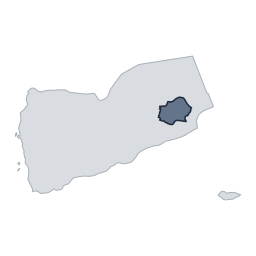 Man'ar, Al Mahrah, Yemen shown in context
{"feature_id": "15242507B25634508234618", "entity_name": "Man'ar", "entity_type": "district", "adm_level": 2, "iso_a3": "YEM", "parent_name": "Yemen", "parent_adm1": "Al Mahrah", "projection": "robinson", "projection_center": [50.908, 16.452], "detail": "fine", "context": "in_parent", "style": "filled", "palette": "slate", "viewbox_px": 256, "rotation_deg": 0, "n_neighbors": 0, "source": "geoboundaries", "source_scale": "gbopen_adm2", "svg_char_len": 6619}
<svg xmlns="http://www.w3.org/2000/svg" viewBox="0 0 256 256"><path d="M213.5,106.7L204.1,110.5L201.6,112.2L199.3,114.3L197.6,116.9L196.4,121.6L197.3,125.8L197.3,128.0L194.8,129.5L192.5,130.6L190.0,132.3L188.4,132.7L187.2,134.0L185.7,134.9L180.4,137.3L174.6,139.1L165.5,141.3L161.9,143.7L158.7,145.4L153.8,145.9L147.0,148.1L143.3,150.0L138.6,152.9L137.6,153.9L136.8,156.0L135.3,157.9L132.5,161.0L130.4,162.6L129.0,162.7L126.3,163.6L123.1,163.7L117.6,162.6L116.2,163.4L115.1,164.6L110.9,166.7L106.6,171.0L103.5,172.1L98.5,173.4L95.0,175.2L92.6,175.9L89.5,176.3L83.9,176.1L78.6,176.7L73.6,177.9L71.3,180.2L68.6,183.8L64.3,185.2L63.2,186.5L61.9,189.2L59.1,189.9L56.5,190.3L53.9,189.1L49.0,192.3L47.2,192.9L44.4,193.0L42.4,193.6L40.9,193.5L39.2,192.2L35.4,190.7L32.6,191.7L32.4,188.7L27.9,179.5L28.9,171.4L28.9,170.3L28.0,166.7L25.3,163.4L25.4,159.3L24.5,156.3L23.8,153.3L24.0,152.5L24.1,151.7L22.7,147.0L22.3,146.1L22.1,145.1L22.6,144.3L22.6,143.5L21.8,142.0L21.1,139.3L17.4,137.1L18.2,135.1L18.9,135.8L19.9,136.4L20.1,135.1L20.1,134.2L18.6,128.1L21.0,119.9L20.3,112.6L23.9,109.7L24.8,108.8L25.3,108.0L26.1,106.3L27.3,105.8L27.7,104.0L27.7,103.2L26.9,102.4L26.4,100.4L26.6,97.8L26.8,96.7L27.2,94.7L28.4,94.0L28.7,93.4L27.8,92.1L27.9,91.4L30.0,89.3L30.8,88.6L32.2,88.0L33.3,88.0L34.5,88.4L35.5,89.0L36.6,90.0L37.7,91.2L39.4,91.7L40.6,91.6L41.5,92.1L42.3,91.8L43.2,91.2L44.7,91.2L46.0,90.5L49.7,90.2L53.3,90.4L57.1,89.8L60.8,89.9L64.6,89.9L65.5,90.0L66.3,90.4L69.5,92.2L71.9,92.6L76.7,93.1L81.9,93.7L86.4,94.1L90.2,93.7L93.4,93.3L94.2,93.4L95.2,94.5L97.1,97.4L98.8,100.1L102.0,100.3L104.0,99.2L106.2,97.8L107.6,96.7L109.2,92.3L110.2,89.5L112.6,86.3L114.5,83.6L117.1,80.0L118.6,78.1L121.4,74.2L124.1,72.7L129.3,69.8L134.4,66.9L137.7,65.1L140.5,64.2L145.3,63.5L150.8,62.6L156.4,61.8L162.3,60.8L168.9,59.8L173.4,59.1L179.2,58.2L184.0,57.5L188.3,56.8L192.6,56.1L193.5,58.3L194.3,60.4L195.1,62.6L196.0,64.7L196.8,66.9L197.6,69.0L198.5,71.2L199.3,73.3L200.1,75.5L201.0,77.6L201.8,79.8L202.6,81.9L203.5,84.1L204.3,86.2L205.1,88.4L206.0,90.5L206.8,92.6L208.1,93.3L208.9,95.3L210.1,98.2L211.2,101.0L212.4,103.8L213.5,106.7ZM226.5,193.0L227.7,193.3L229.4,192.5L234.5,192.4L240.6,194.8L239.5,195.5L238.8,196.3L236.1,197.1L233.4,199.0L225.7,199.9L223.4,199.4L221.6,197.6L218.1,195.3L219.4,193.8L219.7,193.1L220.2,192.4L222.2,191.3L224.2,191.5L226.5,193.0ZM19.6,164.3L19.3,164.8L19.0,164.7L17.8,163.5L19.1,162.2L19.8,163.4L19.6,164.3ZM16.1,135.6L15.5,136.1L15.4,135.3L15.8,133.4L16.4,132.8L16.8,134.2L16.5,135.0L16.1,135.6ZM19.0,170.0L17.7,170.7L18.6,169.0L19.4,168.6L19.7,168.7L19.0,170.0Z" fill="#d9dde1" stroke="#a8b0b8" stroke-width="1"/><path d="M159.7,106.5L159.8,106.7L159.8,106.8L160.1,107.0L160.4,107.3L160.5,107.4L160.5,107.5L160.4,107.6L160.2,107.7L160.1,107.8L160.0,108.0L159.9,108.3L159.7,108.6L159.6,108.8L159.9,108.9L160.0,109.0L160.3,109.2L160.4,109.3L160.5,109.4L160.6,109.5L160.4,109.7L160.4,109.9L160.5,110.0L160.3,110.3L160.3,110.5L160.3,110.8L160.2,111.1L160.1,111.4L160.0,111.5L160.1,111.8L160.0,112.0L159.8,112.3L159.6,112.6L159.6,112.8L159.6,113.2L159.5,113.5L159.5,113.8L159.4,114.2L159.4,114.3L159.3,114.5L159.3,114.8L159.3,115.0L159.2,115.2L159.1,115.3L158.9,115.5L158.7,115.7L158.7,115.9L158.7,116.2L158.7,116.7L158.6,116.8L158.6,117.0L158.5,117.3L158.9,117.4L159.2,117.6L159.4,117.7L159.5,117.7L159.5,117.8L159.8,118.0L160.0,118.3L160.2,118.6L160.3,118.7L160.4,118.8L160.5,118.8L160.5,119.0L160.4,119.2L160.3,119.3L160.2,119.5L160.0,119.8L159.9,119.9L159.8,120.0L160.1,120.2L160.3,120.2L160.6,120.3L160.8,120.4L161.2,120.5L161.3,120.6L161.6,120.7L161.8,120.8L162.0,120.8L162.4,120.9L162.7,120.9L162.8,120.9L163.0,121.0L163.5,121.0L163.8,121.1L164.1,121.1L164.3,121.3L164.5,121.4L164.6,121.5L164.7,121.8L164.8,122.0L165.0,122.1L165.3,122.3L165.5,122.4L165.7,122.5L165.9,122.5L166.0,122.6L166.3,122.6L166.6,122.8L166.8,122.8L167.0,122.9L167.2,123.0L167.3,123.0L167.5,123.3L167.7,123.5L167.8,123.6L168.0,123.6L168.3,123.7L168.5,123.8L168.8,123.9L169.0,124.0L169.3,124.0L169.5,124.1L169.8,124.2L170.0,124.2L170.2,124.3L170.3,124.3L170.5,124.4L170.8,124.4L171.0,124.5L171.3,124.5L171.5,124.6L171.9,124.6L172.1,124.6L172.3,124.5L172.6,124.4L172.8,124.2L173.2,123.8L173.3,123.7L173.5,123.5L173.6,123.4L173.8,123.1L174.0,122.7L174.2,122.3L174.3,122.2L174.5,121.8L174.6,121.7L174.8,121.5L174.9,121.4L175.1,121.2L175.3,121.0L175.5,120.9L175.8,120.8L176.1,120.6L176.6,120.5L176.8,120.5L177.2,120.4L177.6,120.4L178.0,120.4L178.3,120.4L178.5,120.4L178.7,120.5L179.3,120.5L179.5,120.6L179.9,120.6L180.1,120.6L180.6,120.7L180.9,120.8L181.0,120.8L181.3,120.8L181.6,120.8L182.0,120.9L182.2,121.0L182.5,121.0L182.8,121.0L183.1,121.1L183.6,121.1L183.8,121.2L184.4,121.3L184.6,121.3L185.2,121.4L185.4,121.4L185.6,121.5L185.9,121.5L186.0,121.5L186.0,121.4L186.0,121.2L186.0,120.9L185.9,120.7L185.7,120.3L185.2,119.5L185.2,119.4L185.1,119.2L185.0,118.8L185.0,118.7L185.0,118.4L185.0,117.9L185.1,117.6L185.1,117.4L185.2,117.2L185.3,116.7L185.5,116.4L185.7,116.2L185.9,116.0L186.1,115.9L186.3,115.8L186.4,115.7L186.6,115.7L187.0,115.7L187.4,115.7L187.6,115.6L187.9,115.3L188.0,115.2L188.2,114.8L188.3,114.6L188.5,114.2L188.7,113.8L188.7,113.6L188.9,113.4L189.0,113.2L189.3,112.9L189.5,112.7L189.8,112.4L189.9,112.2L190.0,112.2L190.2,111.8L190.4,111.6L190.5,111.4L190.6,111.0L190.6,110.8L190.7,110.4L190.7,110.2L190.7,109.8L190.8,109.6L190.8,109.4L190.9,109.1L190.9,108.7L191.0,108.5L191.0,108.4L191.2,108.0L191.2,107.9L191.2,107.7L191.3,107.6L190.1,106.8L189.0,105.9L188.2,105.0L187.5,104.3L186.8,103.2L185.7,101.3L185.0,100.2L184.5,99.2L184.1,98.7L183.8,98.4L183.5,98.1L183.2,97.9L182.8,97.8L182.5,97.7L182.1,97.7L181.4,97.5L180.6,97.3L179.8,97.2L179.4,97.2L179.1,97.3L177.6,97.9L176.7,98.3L176.4,98.6L176.2,98.6L175.9,98.8L175.7,99.0L175.3,99.3L175.1,99.4L174.8,99.6L174.7,99.8L174.3,100.1L174.2,100.2L174.1,100.3L174.0,100.5L173.8,100.6L173.4,101.0L173.1,101.1L172.9,101.2L172.7,101.3L172.4,101.5L172.1,101.6L171.9,101.6L171.7,101.7L171.6,101.8L171.3,101.8L170.8,101.9L170.4,101.9L170.0,101.9L169.8,101.8L169.5,101.8L169.4,101.8L169.0,101.7L168.6,101.7L168.4,101.7L168.2,101.7L168.1,101.8L167.9,101.8L167.7,101.9L167.6,102.0L167.5,102.4L167.5,102.5L167.4,102.8L167.4,103.0L167.3,103.4L167.3,103.6L167.2,103.8L167.0,104.1L166.9,104.4L166.8,104.6L166.7,104.7L166.7,104.8L166.5,105.0L166.3,105.2L166.1,105.4L165.8,105.7L165.6,105.9L165.4,106.1L165.1,106.2L164.9,106.2L164.6,106.2L164.3,106.2L164.1,106.1L163.7,106.1L163.4,106.1L163.2,106.1L162.8,106.1L162.7,106.1L162.2,106.2L161.8,106.3L161.6,106.3L160.8,106.3L160.6,106.3L160.4,106.3L159.9,106.3L159.7,106.4L159.7,106.5Z" fill="#64748b" stroke="#1e293b" stroke-width="1.5"/></svg>